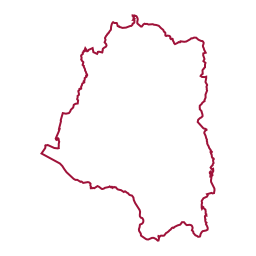 Barsesti, Vrancea, Romania
{"feature_id": "2599482B14345324048556", "entity_name": "Barsesti", "entity_type": "district", "adm_level": 2, "iso_a3": "ROU", "parent_name": "Romania", "parent_adm1": "Vrancea", "projection": "mercator", "projection_center": [26.754, 45.917], "detail": "fine", "context": "isolated", "style": "outline", "palette": "rose", "viewbox_px": 256, "rotation_deg": 0, "n_neighbors": 0, "source": "geoboundaries", "source_scale": "gbopen_adm2", "svg_char_len": 5779}
<svg xmlns="http://www.w3.org/2000/svg" viewBox="0 0 256 256"><path d="M202.6,231.2L206.0,230.5L207.5,229.7L207.7,228.9L207.7,227.9L207.1,226.2L205.9,224.0L206.5,222.6L205.5,221.9L205.3,220.7L205.2,219.8L205.5,219.3L205.2,218.9L204.9,216.6L205.1,215.9L205.6,215.3L206.4,215.6L206.3,214.2L205.9,214.0L205.6,213.2L205.7,211.2L205.5,210.7L205.4,209.6L203.4,208.0L203.3,207.1L202.7,206.7L202.1,207.3L202.2,208.5L202.0,208.8L201.7,207.9L201.7,204.2L202.1,202.9L201.7,201.4L201.8,200.7L203.5,198.2L207.0,196.6L207.7,195.3L207.0,194.2L211.5,192.9L212.5,193.4L214.0,193.1L214.5,190.2L214.4,188.5L211.1,181.9L211.0,180.2L211.4,177.7L211.3,176.9L210.3,176.7L210.3,175.9L210.5,175.7L211.7,176.1L212.5,175.2L212.3,174.5L210.6,174.2L210.1,173.8L209.9,173.5L209.8,172.3L210.5,171.5L212.1,172.8L212.4,172.8L213.3,171.0L213.1,168.9L212.7,169.1L212.7,169.5L212.3,169.9L212.1,169.8L212.0,169.2L212.2,168.8L211.3,168.7L210.6,167.6L211.3,166.5L212.7,165.2L212.7,164.3L213.6,163.0L213.2,161.7L213.2,160.7L213.0,160.0L213.8,159.0L213.4,158.3L212.4,157.9L211.9,156.9L211.7,154.8L211.0,153.6L211.9,151.9L211.3,151.2L211.3,151.7L210.6,151.8L210.7,150.1L209.1,147.8L208.6,146.2L207.9,145.1L207.2,143.5L207.2,142.1L206.8,141.1L206.9,139.5L206.3,138.5L205.6,135.8L204.3,133.1L204.3,132.5L204.6,131.7L205.4,130.5L206.5,130.0L206.5,129.5L205.3,128.8L203.8,128.5L203.1,128.0L197.7,122.0L198.2,119.7L200.0,118.1L201.2,117.5L202.3,116.5L202.6,116.0L202.4,114.3L201.6,111.8L201.6,111.3L199.8,109.2L199.9,108.5L199.7,107.9L199.8,105.7L201.7,103.9L202.3,102.8L204.6,101.0L204.4,100.6L204.5,100.1L205.6,97.6L205.5,94.6L207.1,90.5L206.7,89.4L206.8,88.1L206.5,87.2L206.5,86.5L207.1,85.3L207.1,84.8L205.6,82.3L205.5,81.9L206.2,78.1L206.2,76.7L204.8,77.1L202.8,77.0L202.1,77.0L200.6,76.0L201.4,74.8L202.7,73.8L202.5,70.3L203.0,69.4L203.7,68.9L204.1,68.1L205.0,67.3L205.0,64.4L205.5,62.9L203.4,61.1L204.4,59.3L204.4,58.7L203.2,55.4L203.3,53.4L205.7,52.7L204.2,49.9L203.7,48.1L203.0,46.7L202.9,45.5L203.4,44.3L203.7,42.9L203.1,41.7L202.5,41.1L201.0,40.9L198.4,39.7L196.2,37.7L194.1,37.6L192.5,38.3L191.3,38.3L190.3,39.2L186.3,41.5L184.3,41.8L180.5,41.3L180.3,42.1L180.0,42.3L178.5,42.1L177.8,42.8L175.0,44.1L174.1,43.2L173.6,41.6L173.1,41.0L172.6,38.9L172.0,38.7L171.6,39.2L171.0,39.2L170.3,38.4L170.2,36.6L169.4,35.9L167.4,35.6L166.2,36.0L165.6,35.7L165.4,35.5L165.3,32.8L165.1,32.4L163.9,31.6L163.4,30.2L163.0,29.7L161.1,28.2L158.8,25.8L156.3,25.0L153.8,24.7L152.8,24.2L148.5,24.5L147.1,23.9L145.5,24.0L144.6,23.7L143.5,24.3L141.8,26.5L140.9,26.5L137.5,23.6L137.3,23.2L137.3,21.5L137.7,19.7L137.7,19.0L137.3,17.7L136.4,16.2L134.3,15.4L133.7,15.6L132.6,15.4L132.6,15.9L134.1,16.9L133.4,18.0L133.6,18.4L134.2,18.7L133.7,19.0L133.2,19.8L134.2,19.7L134.4,19.9L134.5,20.6L134.3,21.4L134.4,22.0L134.3,22.5L133.6,23.3L132.7,23.6L132.4,24.8L131.3,25.9L130.2,26.0L126.0,27.6L122.4,27.9L120.5,27.2L119.6,27.1L119.3,27.0L119.2,26.4L117.7,26.1L117.2,24.1L116.7,23.0L114.4,23.0L113.1,22.2L112.7,22.5L111.9,23.8L111.4,25.5L111.1,26.8L110.9,29.7L109.3,31.7L108.9,32.7L108.3,33.0L108.0,33.7L107.1,34.4L106.9,35.1L106.2,35.8L105.0,38.0L105.1,38.7L105.5,39.6L105.5,40.0L104.6,42.3L106.2,44.2L106.5,45.6L105.9,46.7L104.0,47.8L102.9,48.8L102.7,49.3L102.8,50.2L102.4,51.1L102.5,51.9L102.2,52.5L99.0,51.7L97.9,51.9L97.6,53.0L97.1,53.9L94.2,52.5L93.4,52.2L92.6,48.1L88.6,49.9L87.8,51.1L87.1,51.3L86.8,50.9L86.2,50.7L86.2,50.4L86.0,50.5L86.2,49.5L85.3,48.2L84.5,50.4L83.8,50.9L84.0,51.6L82.8,52.4L82.7,53.0L82.9,53.8L81.2,55.4L81.2,56.6L81.6,57.4L81.5,58.7L81.2,59.3L81.7,60.0L81.7,60.5L83.3,62.1L83.3,62.7L82.6,64.9L83.9,66.0L83.7,66.6L85.0,69.2L85.1,70.6L85.9,71.9L86.3,73.4L87.1,74.5L87.2,75.3L87.0,75.7L86.1,75.7L86.0,76.0L86.3,76.9L84.7,78.1L84.7,79.6L84.4,80.5L83.7,81.2L84.3,81.8L84.3,82.4L82.5,83.4L82.1,84.1L82.0,85.0L81.1,86.8L81.2,88.6L80.8,88.9L79.5,88.8L79.4,88.9L79.5,89.5L79.1,90.3L78.6,90.6L78.3,91.1L79.0,94.1L78.8,95.0L77.6,95.9L77.6,97.8L77.2,98.8L77.2,99.4L78.1,100.3L77.7,103.5L75.5,103.8L73.8,104.8L73.2,107.5L70.9,109.7L70.1,111.6L68.9,113.1L65.9,113.7L62.8,113.1L60.7,120.3L61.0,121.1L59.0,128.9L59.6,129.0L58.6,131.9L55.7,138.6L56.1,139.6L56.7,139.9L57.5,138.2L58.2,138.3L58.7,139.1L58.7,140.3L59.2,141.7L58.7,144.1L58.8,145.9L58.6,147.2L58.8,148.1L57.8,148.4L54.3,148.0L47.7,145.0L47.1,145.3L45.7,145.2L45.3,145.5L45.4,146.9L45.2,148.1L41.5,153.5L59.9,163.5L62.3,166.0L64.2,169.0L66.5,172.2L73.7,178.9L75.5,179.9L77.4,179.9L80.4,181.8L80.9,181.5L81.6,181.6L83.2,182.9L87.9,182.1L89.3,182.5L90.5,183.6L90.3,185.4L91.0,186.9L90.7,187.6L90.8,188.2L91.4,188.1L92.0,188.3L93.0,187.9L94.3,188.2L97.5,186.1L99.0,186.8L101.7,188.9L102.3,189.0L103.8,188.6L105.0,187.8L108.9,187.0L109.7,186.4L110.9,187.3L111.6,186.9L112.3,187.8L113.0,187.0L113.8,187.5L114.8,187.0L115.5,187.4L116.1,187.5L116.8,188.6L118.0,189.5L121.1,190.2L123.8,192.0L124.7,191.4L125.3,191.4L126.8,192.6L128.3,193.4L128.7,194.2L129.7,195.0L132.0,195.6L133.4,197.5L133.8,200.0L135.2,203.1L139.6,210.0L140.1,211.8L139.8,215.0L139.9,216.3L140.9,217.7L142.3,218.1L143.2,219.6L143.4,221.0L143.1,222.4L142.7,223.0L141.9,223.8L140.1,224.5L139.9,224.8L139.6,227.1L138.9,229.2L139.1,230.9L140.6,233.3L140.9,234.1L140.9,235.3L141.1,235.7L145.9,239.0L146.9,239.4L148.3,239.5L151.9,237.9L153.8,237.9L156.1,239.1L157.7,240.6L158.5,240.5L158.9,238.9L159.0,237.8L158.4,236.4L158.5,236.0L160.0,236.5L160.8,235.7L161.9,235.6L162.9,235.8L164.2,235.5L166.0,233.1L167.1,232.5L168.8,231.2L169.4,230.4L170.5,229.7L171.9,228.0L172.6,227.6L173.6,227.9L174.4,227.0L177.6,225.4L180.3,224.6L182.0,222.2L184.0,222.2L185.9,224.5L186.8,225.1L189.8,224.8L191.4,225.3L192.1,226.2L192.6,227.6L192.5,228.6L191.9,230.3L193.2,231.5L193.4,233.0L195.4,235.3L197.1,236.0L198.1,236.8L199.8,236.6L200.2,236.0L200.5,234.3L201.5,232.4L202.6,231.2Z" fill="none" stroke="#9f1239" stroke-width="2"/></svg>